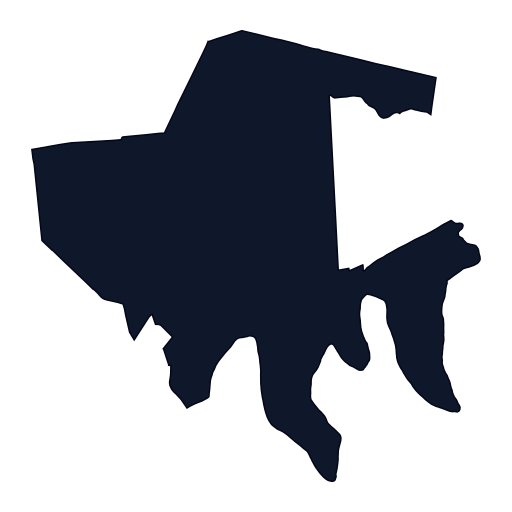 outline of Bujoreni, Teleorman, Romania
{"feature_id": "2599482B13275813753420", "entity_name": "Bujoreni", "entity_type": "district", "adm_level": 2, "iso_a3": "ROU", "parent_name": "Romania", "parent_adm1": "Teleorman", "projection": "orthographic", "projection_center": [25.677, 44.129], "detail": "fine", "context": "isolated", "style": "filled", "palette": "ink", "viewbox_px": 512, "rotation_deg": 0, "n_neighbors": 0, "source": "geoboundaries", "source_scale": "gbopen_adm2", "svg_char_len": 6078}
<svg xmlns="http://www.w3.org/2000/svg" viewBox="0 0 512 512"><path d="M42.0,240.6L51.7,249.8L51.9,250.0L52.1,249.8L63.6,261.0L84.8,281.1L93.0,289.1L93.2,288.9L97.0,292.4L100.7,296.6L102.7,298.3L104.1,299.0L106.0,299.7L118.0,302.4L123.1,304.0L124.5,308.8L125.7,315.2L129.6,332.2L134.2,339.9L148.9,317.1L152.0,314.0L155.5,324.3L159.0,324.5L161.0,325.4L172.6,337.0L163.3,348.7L163.5,348.8L168.7,364.7L168.7,365.3L170.9,365.5L170.7,373.4L170.5,375.9L169.6,381.8L169.6,382.9L169.9,385.3L171.5,388.9L172.4,390.2L174.3,392.4L175.8,393.7L181.1,399.4L187.0,408.0L189.9,406.2L195.2,403.6L202.1,400.9L207.4,398.0L208.7,396.9L209.0,396.1L209.1,393.5L209.6,389.7L210.3,380.7L211.0,377.8L212.1,374.6L212.6,372.5L214.2,369.4L215.8,365.5L218.5,361.1L225.1,352.9L230.8,346.6L234.8,340.8L236.9,338.9L238.6,338.0L239.8,337.7L242.7,337.4L247.1,336.5L248.9,335.9L249.9,335.8L252.1,336.1L254.0,336.8L255.3,338.1L255.8,339.0L256.2,340.0L256.9,342.3L257.8,347.6L258.0,351.0L258.5,353.2L259.1,355.4L259.4,357.0L259.8,360.1L260.0,363.0L260.3,364.7L260.8,370.5L260.7,375.7L260.8,380.4L260.8,383.1L261.3,389.8L262.4,397.3L263.0,400.0L263.9,405.0L265.2,410.6L266.9,416.1L267.8,418.2L268.9,420.4L271.0,423.7L272.3,425.2L277.0,428.8L278.4,429.6L279.9,430.2L282.9,431.7L286.8,434.4L295.4,441.8L300.0,445.3L303.9,448.7L306.7,450.8L307.4,451.6L308.1,452.6L309.5,455.3L310.6,457.8L311.5,459.3L312.0,460.6L315.0,466.1L316.2,468.0L319.8,472.9L323.3,476.8L326.0,479.1L328.2,480.4L330.3,481.0L332.0,481.3L333.2,481.2L334.4,480.6L334.8,480.3L335.2,479.4L336.0,476.9L336.1,476.0L335.8,474.8L335.8,474.0L336.9,469.0L337.5,464.9L338.1,459.4L338.0,456.9L338.3,450.7L338.8,447.9L340.6,441.2L340.9,438.6L340.8,437.3L340.5,436.1L340.1,435.2L339.3,434.1L334.1,429.0L331.2,426.6L327.8,423.2L327.0,421.6L325.9,418.6L324.6,416.2L320.9,411.9L319.0,410.3L313.7,403.7L311.0,399.8L310.7,398.7L310.4,396.2L310.6,393.2L310.5,388.9L311.1,384.3L311.1,381.5L311.3,379.4L311.8,377.0L312.6,375.0L313.3,373.9L316.6,369.6L318.2,366.8L320.5,361.1L320.7,359.1L321.3,358.3L322.3,356.1L323.7,353.9L325.8,349.4L326.7,347.7L328.3,345.6L329.6,344.6L331.0,343.8L332.7,344.2L333.9,345.2L337.5,351.3L338.2,352.3L340.6,356.3L341.5,357.7L343.5,360.0L345.3,361.8L347.2,363.2L349.7,365.3L353.2,366.8L358.4,369.8L359.6,370.2L361.9,370.1L362.9,369.8L363.4,369.4L364.1,368.1L365.1,367.1L366.1,365.4L366.8,364.8L367.8,362.6L369.2,360.6L369.7,358.6L369.5,353.8L369.4,352.7L368.7,350.0L368.4,349.3L367.1,343.6L366.8,342.9L365.9,342.0L365.0,340.3L363.3,336.4L361.6,331.5L360.7,327.2L360.2,320.4L359.6,315.9L359.5,313.7L359.6,312.6L359.6,312.3L359.9,309.8L360.1,309.2L360.2,306.2L360.4,304.0L360.6,302.8L361.3,300.2L362.0,298.9L364.1,296.5L366.8,294.1L370.3,294.7L374.7,296.1L376.4,296.7L383.1,299.8L384.1,300.4L384.8,301.0L386.0,303.3L386.3,304.2L387.1,309.4L386.9,317.8L387.3,321.3L387.6,322.9L388.5,325.5L391.2,331.5L392.0,334.2L393.5,338.2L395.2,343.9L395.7,346.1L396.2,350.0L396.4,353.4L396.8,356.9L396.7,357.1L396.9,358.1L397.6,361.2L397.8,361.6L398.0,362.4L398.8,364.2L400.5,367.7L402.2,370.1L403.4,372.5L406.6,377.8L408.0,379.8L411.3,383.6L412.7,386.1L416.0,390.5L417.9,392.5L420.2,394.8L422.6,396.8L425.5,399.6L428.4,401.9L431.7,404.3L436.3,406.4L438.5,407.0L440.2,407.7L441.7,408.1L449.7,411.2L452.1,411.6L454.9,411.5L457.0,411.9L457.6,411.8L458.9,411.1L459.4,410.4L459.9,409.2L460.0,407.5L459.9,406.8L459.0,405.0L457.9,403.3L456.8,400.6L455.9,399.1L454.2,396.8L452.8,393.6L452.5,392.6L452.1,390.5L450.9,387.2L449.9,382.5L449.3,380.9L448.2,378.5L447.1,375.5L445.6,373.2L443.9,369.6L443.5,367.9L442.5,364.9L442.2,363.2L442.1,362.4L442.3,360.8L441.9,357.2L442.0,355.5L442.3,354.1L442.4,351.5L442.9,347.0L442.8,346.1L443.6,341.9L443.8,340.0L443.7,336.6L443.5,334.6L443.7,332.6L443.6,327.5L443.7,323.9L443.5,322.5L443.4,319.4L443.0,317.7L442.2,315.7L441.8,314.4L441.6,311.8L441.7,309.1L441.8,308.3L442.0,305.6L442.3,303.9L442.8,302.1L443.5,300.5L444.7,297.1L445.2,293.3L445.5,292.1L445.8,288.7L446.2,286.2L446.6,284.6L446.8,284.3L447.1,282.8L446.9,281.2L447.4,280.4L448.0,279.8L449.6,278.8L452.5,276.5L461.1,270.4L462.2,269.3L463.3,268.7L465.5,267.9L469.0,267.0L473.8,265.3L477.5,263.3L478.8,261.9L479.9,260.2L480.1,259.3L480.1,258.6L479.9,256.5L479.1,253.8L478.5,250.3L478.1,248.9L477.0,247.2L475.7,245.7L474.6,245.2L471.2,244.5L470.7,244.5L467.0,243.4L466.0,242.7L463.4,239.9L462.6,238.3L461.1,237.6L459.2,236.4L458.7,236.0L458.5,235.4L458.3,234.3L458.3,232.8L458.4,232.1L460.0,230.3L461.4,229.2L462.2,228.3L462.6,227.4L463.0,225.7L463.0,225.2L462.6,224.5L462.0,223.8L461.3,223.5L460.1,223.2L456.8,223.5L455.4,223.4L454.0,222.6L452.1,221.1L451.1,220.5L443.3,224.5L437.1,228.4L431.5,231.6L424.3,235.4L422.9,235.9L415.1,239.6L406.0,244.6L398.4,248.3L393.3,251.3L386.7,254.9L383.3,257.2L379.6,259.0L377.1,260.4L373.4,263.0L369.3,266.3L367.7,267.3L366.8,268.1L365.4,269.9L363.7,271.1L363.4,270.9L363.2,270.3L363.0,265.5L362.8,264.9L362.7,264.9L349.4,270.8L348.7,268.4L339.1,270.1L338.2,270.1L338.2,269.3L335.3,212.4L329.2,95.8L329.3,95.6L329.9,95.4L331.1,95.5L333.2,97.3L334.7,97.9L341.0,97.2L346.7,96.8L350.4,96.1L353.7,95.8L360.0,96.5L361.2,96.8L362.4,97.9L363.4,99.1L364.6,101.0L365.4,101.7L365.8,102.5L366.3,102.9L367.0,103.2L367.4,103.6L368.8,105.4L373.2,107.6L374.5,108.3L375.6,109.4L376.6,110.8L378.9,115.0L380.6,116.8L382.2,117.7L383.5,118.1L386.1,117.7L388.9,116.7L392.2,114.2L394.6,112.8L396.7,112.5L397.6,112.5L398.3,112.6L399.7,113.5L400.9,112.3L401.5,111.9L403.8,110.9L405.3,110.6L410.5,108.7L412.3,108.9L414.8,109.8L416.7,110.1L421.1,111.2L427.1,112.1L430.8,114.6L431.8,106.7L436.0,77.7L403.4,70.0L391.0,67.0L375.9,63.7L364.5,60.8L326.2,51.6L323.2,51.1L321.5,50.6L318.6,49.3L315.5,49.0L312.2,48.4L303.0,45.9L300.0,44.9L295.5,43.6L281.7,40.1L273.4,38.4L262.3,35.6L241.8,30.7L227.4,35.5L217.3,38.6L208.3,41.7L208.1,41.5L206.4,45.7L203.0,52.9L190.5,78.6L177.7,104.6L174.9,111.0L165.6,130.5L164.5,133.1L162.0,133.2L158.9,133.4L145.8,134.8L124.3,136.8L122.8,137.0L122.2,137.3L122.0,137.5L121.2,139.6L120.3,139.8L112.0,140.5L71.4,142.8L60.8,144.4L31.9,149.5L33.0,158.7L34.2,164.3L42.0,240.6Z" fill="#0f172a" stroke="#020617" stroke-width="1.5"/></svg>